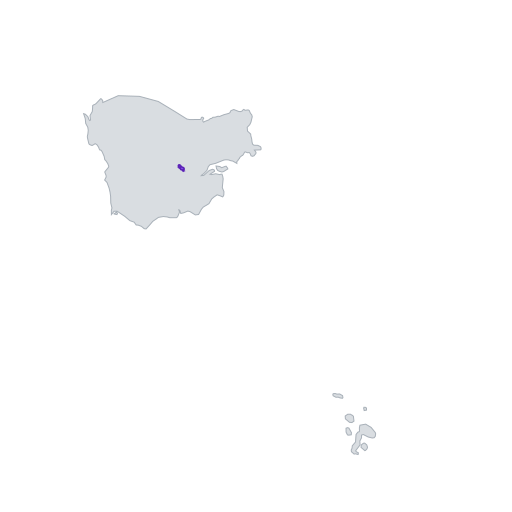 Chimbo, Bolivar, Ecuador shown in context, rotated 231°
{"feature_id": "8360857B60997464812695", "entity_name": "Chimbo", "entity_type": "district", "adm_level": 2, "iso_a3": "ECU", "parent_name": "Ecuador", "parent_adm1": "Bolivar", "projection": "albers", "projection_center": [-79.114, -1.677], "detail": "fine", "context": "in_parent", "style": "filled", "palette": "violet", "viewbox_px": 512, "rotation_deg": 231, "n_neighbors": 0, "source": "geoboundaries", "source_scale": "gbopen_adm2", "svg_char_len": 5188}
<svg xmlns="http://www.w3.org/2000/svg" viewBox="0 0 512 512"><g transform="rotate(231 256 256)"><path d="M475.1,211.6L473.6,212.6L470.0,213.0L467.1,212.0L465.9,212.0L465.8,213.0L469.6,215.4L471.3,219.7L474.0,222.3L475.6,223.6L475.7,224.6L475.2,226.3L475.1,227.7L476.0,234.3L475.4,234.7L473.3,234.7L471.7,233.5L467.3,249.8L453.4,265.9L437.6,277.3L419.3,283.9L405.9,288.5L403.8,290.3L397.3,298.4L397.0,299.2L397.9,300.6L397.9,301.5L397.0,302.0L396.1,302.1L395.7,301.7L395.5,300.7L394.6,299.7L393.5,299.4L392.9,299.6L392.9,300.6L391.5,304.9L391.5,307.1L390.9,307.9L390.9,309.8L389.6,311.6L388.5,314.5L387.4,315.4L386.0,320.0L384.0,324.5L383.8,326.1L384.5,327.2L384.7,328.1L383.8,330.9L379.1,333.6L377.9,334.9L377.4,336.4L377.7,337.7L377.6,338.8L376.1,339.2L374.5,341.8L373.4,342.3L370.4,341.5L368.3,341.5L366.6,340.7L363.2,336.3L362.0,333.8L361.6,330.2L358.4,328.0L354.1,328.6L352.8,327.7L349.7,326.3L347.0,324.6L345.0,323.7L343.4,324.1L340.9,327.0L338.4,328.2L337.4,328.2L335.9,327.3L335.6,326.4L339.3,321.4L336.6,321.3L335.6,320.2L335.5,319.0L335.1,317.7L335.6,316.1L337.0,315.2L339.1,315.9L340.6,315.9L341.6,314.4L343.5,313.3L343.9,312.5L342.9,310.1L342.6,308.8L342.9,308.1L342.8,305.4L342.2,304.5L342.1,303.0L341.6,302.2L341.4,300.4L340.0,299.4L344.4,297.7L346.0,296.3L348.0,295.1L349.7,293.2L350.8,291.4L353.4,283.0L355.9,277.7L355.5,275.2L353.4,271.7L352.9,266.7L353.1,265.2L352.9,264.0L351.5,266.1L351.9,273.5L350.7,276.9L349.0,277.7L347.9,277.1L348.5,271.7L347.2,272.7L345.3,276.4L342.0,279.1L341.8,280.0L341.0,281.1L338.5,280.1L336.6,279.0L330.3,272.8L326.2,271.6L323.7,269.4L323.2,268.5L322.9,267.3L325.4,266.0L328.0,264.3L328.3,260.5L328.2,257.5L326.3,252.4L327.2,245.7L326.7,243.1L324.4,237.5L326.1,234.7L331.9,232.7L333.8,231.3L335.1,226.9L336.4,224.3L339.0,225.4L341.0,225.2L338.3,224.3L336.1,220.3L335.7,218.5L340.0,213.1L342.2,211.6L345.0,208.8L347.4,204.5L347.9,197.6L347.0,192.8L346.2,187.6L347.6,186.3L351.2,185.6L354.1,183.9L355.5,182.4L359.0,182.6L362.9,180.2L369.3,179.0L378.1,176.3L380.1,173.9L379.2,169.7L382.5,172.3L384.0,174.3L388.6,176.5L393.9,180.6L397.4,182.7L401.3,184.6L406.9,186.5L410.3,186.2L411.7,189.3L413.0,190.2L416.2,191.2L416.6,191.6L417.8,197.3L418.5,198.1L421.3,199.0L424.7,199.3L426.0,199.1L429.0,200.7L433.7,202.0L435.3,202.2L436.1,202.0L436.4,201.4L437.7,201.5L439.8,202.2L442.7,202.4L444.5,201.7L444.9,198.5L445.5,197.8L447.6,196.7L448.7,196.9L454.1,199.5L455.2,200.3L456.6,202.1L459.2,204.7L461.9,206.3L466.2,207.1L470.3,209.8L475.1,211.6ZM46.2,209.7L47.9,211.4L48.8,216.3L54.3,221.4L55.0,224.3L54.5,225.7L54.8,226.2L57.4,228.2L59.1,230.3L56.3,235.4L50.3,237.6L43.8,237.6L42.5,237.1L40.8,235.2L40.4,233.5L41.4,231.8L44.7,229.3L49.8,227.0L50.4,225.3L48.3,223.6L46.9,220.3L43.7,218.0L42.0,211.0L40.9,210.7L38.7,211.7L37.7,210.8L37.5,210.4L39.8,208.7L40.3,207.6L43.8,207.0L45.3,207.9L46.2,209.7ZM71.5,230.7L70.1,230.8L66.0,228.2L66.2,225.7L67.9,224.0L73.2,223.0L75.5,224.6L75.3,227.7L73.5,229.9L72.1,230.3L71.5,230.7ZM345.1,288.3L344.6,289.3L342.1,289.2L341.4,288.9L342.0,284.0L342.7,282.4L344.8,280.9L346.5,280.1L348.7,280.3L351.1,281.6L348.3,284.2L346.2,284.9L345.1,288.3ZM42.2,222.7L39.5,223.2L37.2,222.3L36.3,220.9L36.0,218.8L36.2,218.1L41.2,217.2L42.9,219.0L42.9,221.6L42.2,222.7ZM96.1,234.2L93.0,235.4L91.2,234.4L91.0,233.7L92.8,232.0L94.5,231.1L96.0,229.2L98.8,228.0L99.6,228.3L100.1,228.7L100.4,229.3L99.4,230.9L97.7,232.0L96.1,234.2ZM65.0,219.1L63.8,219.9L58.7,219.0L57.1,217.5L58.4,215.3L59.4,214.5L62.5,215.2L65.5,217.6L65.0,219.1ZM69.3,246.0L68.2,246.1L66.7,244.9L67.8,242.8L70.0,243.9L70.5,244.7L69.3,246.0ZM377.9,175.1L376.4,175.3L375.7,174.0L377.5,172.5L378.1,172.2L377.9,175.1Z" fill="#d9dde1" stroke="#a8b0b8" stroke-width="1"/><path d="M367.6,253.3L367.8,253.2L367.9,253.3L368.0,253.3L368.0,253.2L368.0,253.3L368.3,253.4L368.5,253.4L368.5,253.5L368.7,253.8L368.5,254.0L368.4,254.0L368.2,254.1L368.3,254.1L368.3,254.3L368.5,254.4L368.5,254.5L368.7,254.8L368.8,254.8L369.0,254.8L369.1,255.0L369.3,255.2L369.5,255.1L369.8,255.2L369.8,255.3L370.1,255.3L370.2,255.2L370.3,255.1L370.5,255.0L370.8,255.0L370.9,254.7L371.0,254.7L371.3,254.5L371.4,254.4L371.5,254.4L371.6,254.5L371.8,254.5L372.0,254.5L372.1,254.4L372.3,254.3L372.5,254.3L372.5,254.2L372.9,254.4L373.0,254.3L373.3,254.2L373.5,254.1L373.8,254.0L373.9,253.9L374.0,254.0L374.3,254.1L374.5,254.1L374.8,254.2L375.0,253.9L374.9,253.9L375.0,253.8L375.1,253.7L375.3,253.4L375.3,253.2L375.2,252.9L375.3,252.8L375.3,252.7L375.2,252.6L374.9,252.5L374.9,252.4L374.7,252.3L374.7,252.2L374.7,252.3L374.6,252.2L374.6,252.3L374.5,252.2L374.4,252.2L374.2,252.2L373.9,252.1L373.7,252.1L373.6,251.9L373.4,251.8L373.3,251.7L373.2,251.7L372.9,251.7L372.7,251.7L372.7,251.8L372.6,252.0L372.7,252.3L372.8,252.3L372.8,252.5L372.7,252.6L372.7,252.8L372.4,252.8L372.3,252.7L372.2,252.7L372.0,252.4L371.9,252.4L371.8,252.2L371.7,252.2L371.4,252.2L371.1,252.2L370.9,252.1L370.8,251.9L370.7,251.9L370.5,252.0L370.4,252.1L370.2,252.2L370.2,252.3L370.0,252.5L369.9,252.5L369.8,252.4L369.7,252.5L369.5,252.8L369.3,252.8L369.2,252.9L368.9,252.8L368.7,252.8L368.4,252.7L368.1,252.7L368.0,252.8L367.8,252.9L367.7,252.9L367.7,253.0L367.6,253.3Z" fill="#8b5cf6" stroke="#5b21b6" stroke-width="1.5"/></g></svg>